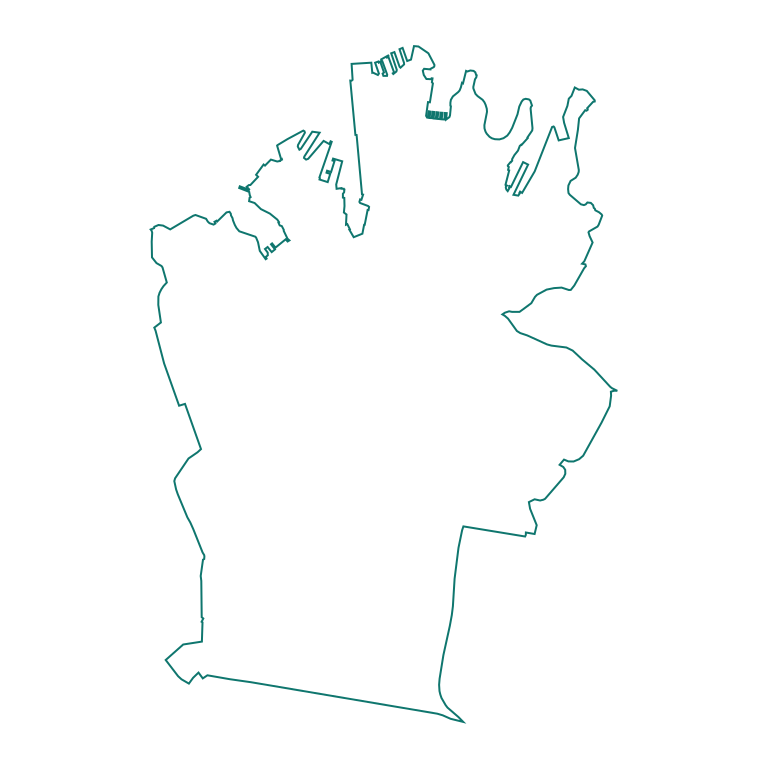 Sydney, New South Wales, Australia (Albers equal-area conic projection)
{"feature_id": "25037944B98854570895907", "entity_name": "Sydney", "entity_type": "district", "adm_level": 2, "iso_a3": "AUS", "parent_name": "Australia", "parent_adm1": "New South Wales", "projection": "albers", "projection_center": [151.208, -33.889], "detail": "fine", "context": "isolated", "style": "outline", "palette": "teal", "viewbox_px": 768, "rotation_deg": 0, "n_neighbors": 0, "source": "geoboundaries", "source_scale": "gbopen_adm2", "svg_char_len": 6039}
<svg xmlns="http://www.w3.org/2000/svg" viewBox="0 0 768 768"><path d="M463.2,721.9L458.5,717.1L447.5,707.6L445.6,705.1L441.5,698.0L440.3,694.5L439.5,691.1L439.1,684.8L439.6,678.7L443.4,655.1L449.8,626.0L451.8,615.1L452.9,606.3L454.6,578.7L458.5,547.8L462.1,530.3L463.4,526.4L525.1,536.5L525.8,535.0L525.9,532.5L534.6,534.0L536.7,525.2L530.1,508.8L528.9,502.1L534.6,499.3L540.1,500.5L543.4,499.7L545.1,498.8L563.7,477.3L565.3,473.8L565.2,469.8L563.3,467.0L559.6,464.8L564.0,459.6L568.4,461.4L573.6,461.5L579.1,459.2L583.2,455.7L601.5,422.7L609.7,406.3L611.1,395.6L610.9,391.7L614.2,390.7L617.3,390.8L612.0,388.2L610.2,386.8L594.4,369.7L582.0,359.3L572.7,350.6L566.4,347.5L551.4,345.6L547.0,344.4L527.2,335.4L520.3,333.1L516.9,331.0L508.0,318.6L504.9,315.9L502.4,314.4L504.9,312.7L509.1,311.3L512.2,311.9L519.5,311.9L531.3,303.2L535.0,296.9L537.0,294.8L546.6,289.6L554.1,288.1L561.6,287.6L568.9,290.0L570.8,289.9L574.3,285.5L584.1,268.3L585.9,266.2L585.4,264.4L582.1,263.7L584.3,261.3L592.6,242.5L589.6,236.1L588.5,232.3L589.1,231.4L597.5,226.6L598.7,224.7L602.2,215.6L601.7,214.5L599.1,212.3L595.3,210.3L594.8,208.7L593.8,207.9L593.1,205.2L590.8,202.9L587.4,202.5L585.7,204.4L583.9,205.1L580.9,204.3L569.8,194.8L568.5,193.0L568.1,189.1L568.4,185.5L570.6,180.9L575.7,177.7L577.7,174.7L578.7,171.9L578.8,170.0L575.0,148.0L577.9,129.9L579.1,118.4L585.2,110.2L586.5,110.7L587.7,109.8L587.7,108.9L587.2,108.2L593.1,101.8L594.7,101.5L594.7,100.3L586.8,90.9L582.7,89.4L578.9,89.7L574.8,87.5L571.5,95.9L568.8,98.7L567.4,105.9L563.1,117.0L564.1,122.8L568.8,138.1L558.7,140.4L554.4,127.4L553.6,126.5L552.1,127.0L534.7,171.4L522.1,192.9L520.1,191.6L519.4,192.9L519.9,193.2L518.3,195.6L513.5,194.8L528.1,164.6L523.1,162.1L511.0,186.9L509.6,186.1L509.1,187.2L509.7,187.6L507.7,191.1L506.4,189.6L505.8,187.7L506.0,186.1L507.0,185.6L505.5,184.8L509.2,170.4L508.1,169.9L508.8,167.0L507.9,166.2L507.8,165.4L510.6,162.0L510.9,162.2L512.2,160.7L512.1,159.2L514.4,155.1L518.0,150.6L519.8,145.9L521.3,144.6L521.6,144.9L527.8,138.0L527.4,137.5L532.2,130.5L532.5,128.2L530.6,108.6L530.9,107.0L532.0,105.6L530.3,100.6L528.9,99.4L525.7,98.8L523.4,99.5L521.7,101.5L519.3,106.5L517.5,114.3L512.2,127.8L509.7,132.4L507.3,135.6L503.5,138.2L499.4,139.4L494.9,139.2L491.9,138.3L489.5,136.8L486.7,133.7L485.5,131.6L484.5,128.4L484.4,125.1L487.0,111.8L486.8,108.8L485.6,104.8L484.4,102.2L482.6,99.8L477.6,96.1L475.5,93.9L473.4,88.5L473.3,87.0L475.0,79.3L476.3,77.3L476.7,75.3L476.2,75.1L475.3,72.3L473.6,70.9L470.3,70.5L467.4,71.5L466.1,70.9L463.0,83.4L462.0,82.8L460.9,87.3L459.6,90.5L458.2,92.1L452.9,96.4L450.9,99.8L450.4,102.7L450.4,105.7L450.9,106.2L450.0,115.4L449.4,117.1L446.2,119.5L446.7,113.1L444.8,113.0L444.5,119.5L441.7,119.3L442.4,112.8L440.6,112.7L440.0,119.1L437.5,118.9L438.3,112.4L436.6,112.2L435.8,118.7L433.6,118.5L434.3,112.0L432.6,111.8L431.7,118.1L429.6,118.0L430.4,111.6L428.9,111.3L427.9,117.7L427.1,117.6L426.1,115.8L428.0,102.1L429.9,102.3L432.9,83.4L431.9,82.3L432.5,78.4L431.7,78.3L431.6,79.2L426.4,79.0L423.8,75.0L422.8,70.7L424.1,68.8L430.4,69.4L430.4,68.9L433.8,67.1L434.4,66.0L434.4,64.8L428.4,53.3L418.5,46.5L414.0,46.1L411.0,59.6L407.2,61.0L402.6,47.9L399.5,49.2L404.0,62.8L404.1,64.4L400.5,67.7L399.6,66.8L394.4,52.1L391.2,53.3L396.8,69.9L396.4,71.5L393.3,74.0L392.8,73.3L394.1,72.5L388.5,57.1L387.0,57.6L386.8,57.0L388.4,55.8L388.2,55.5L381.2,59.4L382.1,61.5L382.4,61.4L387.2,74.7L387.0,75.9L383.4,75.9L382.6,73.6L384.0,72.5L380.2,61.6L378.8,62.6L378.4,61.5L375.1,62.7L378.9,73.6L377.9,75.0L372.9,72.6L372.3,72.8L371.3,62.7L351.6,63.9L352.6,79.8L351.6,80.7L350.3,80.6L355.4,134.9L356.6,135.0L362.0,194.3L363.1,194.6L361.4,199.8L360.1,199.4L359.4,201.9L360.1,203.0L368.1,206.0L369.1,206.9L368.5,210.1L367.6,210.0L364.7,224.8L364.1,224.8L362.4,233.7L353.7,237.2L349.3,229.6L349.9,229.3L347.3,224.1L346.0,224.7L346.5,214.5L343.9,212.5L344.5,206.1L344.3,197.9L342.9,197.6L342.9,193.8L344.1,192.3L344.4,189.6L343.9,189.5L343.8,188.8L341.4,188.7L341.4,188.1L336.6,188.8L336.2,184.5L342.2,161.3L333.1,158.6L332.5,160.5L334.5,161.1L331.1,172.0L327.1,170.7L326.5,172.7L330.2,173.9L327.7,182.1L319.5,179.5L319.9,178.1L319.4,177.5L331.7,141.8L330.6,141.3L329.4,144.1L323.6,140.9L308.2,158.8L306.1,159.6L304.0,157.9L304.3,156.6L319.6,132.7L312.3,131.7L300.8,148.9L299.4,149.7L297.8,146.6L298.0,145.0L304.9,132.7L304.5,131.3L303.3,130.6L287.5,139.1L277.4,145.2L277.1,145.6L280.9,158.5L281.1,159.2L281.8,158.9L282.0,159.6L279.9,160.6L280.0,161.0L277.2,161.5L270.9,159.6L265.0,165.6L263.6,164.5L256.1,174.8L258.1,176.8L250.4,185.0L248.8,185.1L246.7,186.8L249.2,189.4L249.0,189.8L239.8,186.3L239.2,188.0L249.2,191.9L249.8,195.2L250.6,197.1L249.6,197.7L249.1,201.2L254.6,203.0L260.9,209.1L269.9,213.6L277.3,219.6L279.0,222.1L278.4,222.5L279.7,225.4L281.8,226.1L283.8,229.9L283.7,230.8L287.5,238.7L289.4,240.4L287.6,241.5L285.7,239.3L275.5,247.6L272.1,243.4L271.0,244.3L275.0,249.4L271.7,252.1L267.6,247.0L265.0,249.0L267.7,252.6L267.8,255.3L265.7,257.0L266.6,258.6L265.7,259.2L259.8,250.9L258.0,242.2L256.1,237.6L255.3,236.7L239.3,231.3L236.5,228.0L234.8,224.9L233.0,220.4L232.5,218.1L231.0,215.4L230.8,213.7L229.5,211.8L226.5,212.4L217.1,221.6L216.5,220.7L214.5,221.8L215.4,223.5L213.6,224.6L209.5,223.2L207.8,221.6L206.1,218.8L195.5,215.0L193.3,215.7L170.2,229.4L163.1,225.6L158.5,225.0L154.3,226.8L154.1,228.1L150.7,229.5L151.6,230.7L152.2,232.7L151.7,241.6L152.0,257.4L156.5,263.1L161.5,266.0L162.5,267.4L166.8,282.5L163.5,286.1L161.4,289.2L159.6,292.7L158.4,296.5L158.3,304.9L160.9,322.5L154.3,327.6L155.6,330.8L164.1,363.4L179.1,405.7L185.0,403.9L201.0,449.1L197.5,452.3L188.5,458.5L175.1,478.3L174.3,481.1L176.1,489.4L177.8,494.3L187.4,517.4L190.3,522.5L193.3,529.2L202.6,552.5L204.2,555.1L204.4,556.5L204.2,559.0L203.0,559.7L200.7,576.0L201.3,580.9L201.7,617.2L203.3,618.5L201.6,621.8L202.5,622.4L201.9,641.6L183.2,644.5L165.7,660.0L178.1,676.2L181.5,679.3L188.9,683.6L193.1,677.8L198.5,672.6L202.8,678.4L207.4,675.3L229.8,679.2L250.9,682.2L437.3,713.7L442.7,715.3L450.6,718.8L463.2,721.9Z" fill="none" stroke="#0f766e" stroke-width="2"/></svg>